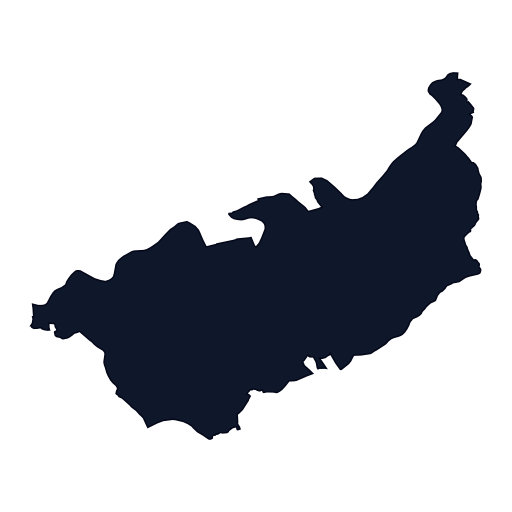 Noslac, Alba, Romania (Robinson projection)
{"feature_id": "2599482B66664131902378", "entity_name": "Noslac", "entity_type": "district", "adm_level": 2, "iso_a3": "ROU", "parent_name": "Romania", "parent_adm1": "Alba", "projection": "robinson", "projection_center": [23.98, 46.411], "detail": "fine", "context": "isolated", "style": "filled", "palette": "ink", "viewbox_px": 512, "rotation_deg": 0, "n_neighbors": 0, "source": "geoboundaries", "source_scale": "gbopen_adm2", "svg_char_len": 6038}
<svg xmlns="http://www.w3.org/2000/svg" viewBox="0 0 512 512"><path d="M203.1,435.0L208.6,438.8L209.4,439.1L210.7,439.0L212.3,438.1L212.3,436.9L212.4,436.2L213.0,435.5L213.6,435.2L215.2,435.1L215.7,434.4L217.9,434.0L220.4,432.4L222.4,432.9L226.6,432.6L228.0,431.9L228.9,430.4L232.3,427.8L235.1,426.9L236.2,426.9L236.7,427.5L237.2,429.5L237.9,429.7L240.0,429.0L239.5,427.2L237.9,424.7L237.4,423.6L237.6,422.3L237.2,413.9L238.4,413.5L242.4,409.5L248.2,400.4L248.4,399.5L250.2,396.1L248.6,394.6L246.9,394.0L246.8,393.7L248.0,392.1L249.3,390.9L249.9,389.7L252.2,389.7L253.7,388.8L254.6,389.2L255.8,389.3L257.5,390.3L259.0,390.7L260.2,390.8L261.0,390.3L262.3,390.0L263.4,392.3L263.8,392.4L266.4,391.8L269.7,391.8L273.4,391.9L276.7,392.5L277.6,392.2L280.1,390.7L281.9,389.3L285.1,385.8L288.9,381.0L289.4,380.8L293.4,380.7L296.2,380.3L306.4,375.9L312.7,373.5L309.4,370.2L304.3,365.7L302.8,362.2L303.0,361.2L303.9,360.5L307.6,355.2L308.2,355.2L308.9,356.3L309.7,356.8L313.4,356.9L315.9,361.4L316.5,363.1L317.3,367.7L318.0,368.8L319.1,368.2L319.9,368.2L325.0,368.1L326.3,368.3L323.3,363.8L319.5,358.4L322.6,358.2L325.2,357.5L327.8,355.6L329.5,354.8L330.2,353.3L335.8,363.0L340.4,369.4L341.4,369.3L348.4,363.7L350.6,361.0L353.0,356.2L353.9,355.1L360.7,354.9L370.2,353.5L371.5,352.9L374.0,351.1L376.3,349.9L385.0,344.2L385.9,343.5L388.4,340.7L391.1,338.6L393.9,337.4L398.3,336.2L400.8,335.2L402.4,334.2L404.6,332.0L406.7,329.0L408.6,325.4L409.9,322.0L412.2,319.1L413.0,318.4L417.4,316.5L419.6,315.0L421.3,313.3L421.8,311.9L422.2,311.3L424.6,308.9L426.1,306.8L427.6,305.3L430.3,302.9L435.2,300.6L435.8,299.5L437.3,295.6L438.9,293.4L440.6,291.7L442.0,291.3L444.9,288.5L446.1,286.5L447.0,285.6L451.5,283.7L453.1,282.6L455.0,282.4L458.8,281.6L459.7,281.2L463.7,278.4L465.9,277.1L469.6,275.9L477.8,274.0L479.7,273.1L480.1,272.4L480.5,271.2L480.7,269.6L480.0,268.3L478.9,267.1L478.9,266.4L479.3,265.1L479.1,263.6L477.9,262.3L477.1,261.0L475.8,259.9L475.0,259.7L473.9,260.6L469.9,255.5L468.9,252.4L467.7,249.9L466.9,247.0L465.9,245.6L465.2,244.1L465.0,242.8L464.2,240.7L463.8,238.9L463.8,237.9L464.1,237.1L465.2,235.6L468.9,232.1L470.2,231.6L470.5,231.2L470.6,230.8L470.4,229.8L470.7,228.6L472.8,226.9L474.8,224.9L475.3,223.4L476.1,222.1L478.5,219.2L478.6,218.6L478.4,217.3L478.1,216.0L478.4,215.3L478.3,214.6L477.6,213.8L477.4,211.9L476.4,210.1L476.3,206.2L476.0,205.1L476.1,202.9L476.4,200.8L478.0,198.9L478.1,198.5L479.6,193.5L480.9,188.3L481.0,186.7L480.7,184.3L480.9,182.7L481.3,181.2L481.0,177.4L479.3,174.3L478.8,173.1L477.8,169.2L477.9,168.6L477.8,168.3L475.3,164.2L474.8,164.3L473.6,162.8L471.5,162.6L468.2,157.9L466.9,156.7L466.0,155.4L464.4,153.7L458.3,148.0L455.1,146.0L456.9,142.0L466.5,130.7L468.9,127.5L470.3,125.2L471.0,123.9L472.3,117.2L472.0,116.5L471.5,115.9L470.6,115.3L469.3,114.1L473.3,112.3L473.0,111.7L473.5,109.9L473.6,108.3L470.9,104.8L468.4,101.9L468.0,102.5L466.8,102.3L466.9,99.7L466.8,99.0L465.7,97.6L463.3,95.3L460.8,94.6L461.1,93.4L462.3,91.0L464.6,89.0L465.9,87.6L467.9,86.4L470.4,84.0L460.3,79.5L457.4,79.6L457.4,76.9L457.7,73.1L453.3,72.9L450.1,73.6L448.0,74.8L445.8,77.9L444.2,79.0L441.7,80.1L437.9,80.6L436.1,81.1L432.6,82.7L431.4,84.0L430.5,85.1L428.8,87.8L428.4,89.6L428.3,91.0L429.9,93.9L431.9,95.3L435.5,98.8L439.8,103.9L441.1,106.0L442.2,109.1L442.2,110.3L441.9,111.9L441.2,113.0L435.4,120.2L433.2,122.2L425.5,128.0L424.6,129.1L422.8,131.3L421.5,133.5L417.1,142.8L415.7,144.6L411.8,147.6L409.4,149.0L407.0,150.7L398.2,157.6L393.6,161.7L391.9,163.7L389.4,167.2L387.5,170.5L383.2,175.8L376.9,182.8L373.6,187.2L367.8,194.1L362.8,197.6L357.8,199.5L352.3,199.9L349.8,199.5L346.4,198.1L344.0,196.7L341.0,193.5L334.6,187.3L326.9,180.7L321.6,178.2L314.5,178.4L309.9,181.8L312.5,184.6L313.6,186.5L313.9,189.4L313.4,190.3L314.5,193.3L314.6,194.6L315.2,195.9L315.4,197.6L316.9,199.6L317.8,201.8L322.2,207.3L319.9,208.1L319.0,208.6L308.6,211.5L307.7,211.0L305.3,207.8L304.0,206.6L298.2,202.0L295.2,199.2L291.9,196.6L289.2,194.1L281.6,193.5L278.9,194.1L274.0,196.4L272.0,196.8L266.3,197.1L258.0,199.0L258.7,200.8L256.9,201.3L249.4,204.6L246.3,206.4L244.2,207.2L238.3,210.3L236.9,211.0L233.3,212.0L232.8,212.4L232.7,212.9L232.1,213.2L229.0,213.5L228.9,214.3L231.5,217.2L234.3,218.7L238.2,219.4L241.4,219.7L243.6,219.4L248.7,217.9L250.7,217.6L253.3,217.7L256.4,218.4L261.8,220.8L264.4,223.5L265.1,225.5L265.3,227.5L265.2,229.3L261.7,238.2L259.4,243.1L255.9,247.3L254.4,245.7L251.0,237.5L249.7,237.9L237.0,239.1L235.2,240.0L232.9,240.6L217.0,243.9L217.1,244.3L206.2,247.0L202.8,240.3L199.5,232.6L198.3,230.1L195.1,226.5L189.7,223.1L186.9,221.7L179.1,223.4L178.1,223.8L174.2,227.1L170.4,229.6L166.1,234.0L158.5,242.3L153.3,246.0L150.4,247.9L146.8,249.8L143.8,250.6L134.3,251.1L132.1,251.7L123.4,256.5L120.8,258.6L118.7,260.4L116.9,263.0L116.1,264.5L114.5,273.3L113.6,276.7L111.7,278.8L108.9,280.5L105.4,281.6L100.5,280.7L94.5,278.8L80.1,270.9L77.5,270.7L75.8,271.1L73.5,273.1L71.2,275.4L68.8,278.6L66.9,281.6L65.7,284.9L61.6,287.8L58.3,289.1L55.1,290.8L53.3,292.7L50.8,296.5L47.3,303.3L45.1,305.0L42.1,305.6L38.1,305.6L32.6,304.2L33.2,308.6L33.7,316.7L32.6,316.8L33.1,319.0L32.4,323.3L30.7,325.8L31.7,325.9L31.7,327.1L32.4,327.6L33.6,328.2L34.2,328.3L37.2,328.2L40.9,327.6L41.1,328.0L42.1,328.8L43.8,329.5L47.3,330.1L49.5,330.0L48.9,327.6L48.8,325.0L48.9,323.2L54.7,323.6L55.4,326.9L55.9,327.9L56.4,328.3L57.3,330.6L54.8,331.7L54.6,332.3L55.3,335.5L56.7,336.6L59.9,337.2L62.8,338.8L66.9,338.0L68.2,337.5L69.5,336.8L72.7,334.5L73.8,333.3L77.5,332.2L79.6,331.3L89.8,340.1L91.8,341.5L94.6,344.4L97.6,346.8L103.0,350.0L104.2,351.4L104.9,352.5L105.1,354.2L104.0,362.1L104.6,365.1L105.5,367.4L106.9,372.5L108.3,375.7L110.8,380.1L113.4,383.1L116.0,385.3L117.6,387.9L117.5,389.5L116.8,390.5L116.1,393.5L116.6,394.1L117.8,394.8L119.1,396.6L121.8,397.8L123.4,399.0L130.1,405.1L131.8,407.0L136.2,410.3L139.8,414.3L141.3,415.6L143.4,417.8L147.8,427.4L157.3,422.7L163.1,420.5L173.1,419.2L174.3,419.5L175.3,419.5L183.6,421.5L188.3,423.7L192.2,426.3L193.1,427.5L197.5,431.7L203.1,435.0Z" fill="#0f172a" stroke="#020617" stroke-width="1.5"/></svg>